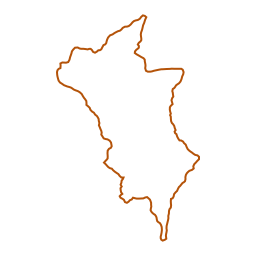 Berilo, Minas Gerais, Brazil
{"feature_id": "56859067B66859765572225", "entity_name": "Berilo", "entity_type": "district", "adm_level": 2, "iso_a3": "BRA", "parent_name": "Brazil", "parent_adm1": "Minas Gerais", "projection": "albers", "projection_center": [-42.489, -16.882], "detail": "fine", "context": "isolated", "style": "outline", "palette": "amber", "viewbox_px": 256, "rotation_deg": 0, "n_neighbors": 0, "source": "geoboundaries", "source_scale": "gbopen_adm2", "svg_char_len": 3886}
<svg xmlns="http://www.w3.org/2000/svg" viewBox="0 0 256 256"><path d="M146.3,17.2L144.8,15.9L142.9,15.4L141.2,16.9L139.8,18.8L137.8,20.0L135.8,20.4L134.1,21.0L132.6,22.2L131.7,23.3L130.6,24.6L128.7,26.1L127.0,26.6L124.9,26.7L122.7,27.9L121.4,29.5L119.9,30.7L118.0,31.2L116.2,32.1L114.4,33.1L112.6,34.4L110.1,35.3L108.1,37.5L107.1,39.7L106.6,41.4L106.2,43.1L105.2,44.4L103.5,45.1L102.3,47.3L101.3,49.3L99.9,50.2L98.3,50.3L96.9,51.6L95.0,52.7L93.1,51.9L91.9,50.0L90.7,48.9L89.1,48.9L87.7,49.4L85.8,49.1L83.4,48.8L81.1,48.8L79.6,48.5L77.7,47.5L75.0,47.7L73.1,49.7L71.9,51.4L71.5,53.2L70.9,55.0L70.1,57.2L69.5,59.7L68.2,62.1L66.0,62.7L64.4,62.6L62.3,62.5L60.4,63.5L60.6,65.8L60.4,68.1L58.6,68.9L57.5,70.2L57.0,72.1L57.2,74.9L57.5,76.6L58.0,78.5L58.6,80.6L60.0,82.5L62.2,83.9L64.0,85.2L65.8,85.9L67.3,86.5L68.9,86.9L70.8,87.5L72.4,88.5L73.7,89.5L75.5,90.3L77.8,91.1L79.7,92.2L81.7,94.0L83.0,96.3L84.1,98.0L85.1,99.2L86.3,101.0L86.5,103.2L86.4,104.9L88.0,106.2L89.7,107.8L90.4,109.8L92.1,111.6L93.9,112.7L95.2,114.7L96.8,115.9L97.7,117.2L98.6,118.9L98.8,120.9L99.4,123.1L98.9,125.3L99.8,127.3L100.4,128.9L101.3,130.9L101.7,132.7L101.3,134.6L102.6,136.6L103.7,138.4L105.4,139.0L107.6,139.4L109.6,140.6L111.0,142.5L111.4,144.5L111.7,146.2L110.9,147.8L109.0,148.8L107.7,150.6L107.5,153.3L107.7,156.3L107.6,158.5L106.7,159.7L105.5,160.9L104.0,162.6L105.7,164.2L106.9,165.6L108.4,167.2L110.0,168.2L111.9,168.7L113.0,170.1L114.7,171.6L116.7,173.0L118.4,174.1L119.7,176.0L121.4,177.5L123.5,177.5L122.9,179.0L121.6,180.7L121.4,182.7L120.6,184.7L121.7,186.5L120.5,188.2L120.7,190.2L121.1,192.2L122.3,193.9L120.8,195.0L119.7,196.2L120.5,197.7L122.5,198.8L123.9,199.8L125.0,202.1L126.9,202.8L128.6,201.7L129.9,200.2L131.7,199.5L133.0,197.7L134.9,198.2L136.6,198.6L138.9,198.6L141.2,198.5L143.3,198.4L145.2,197.5L147.1,197.1L148.5,198.3L149.9,199.6L150.6,201.3L151.1,202.8L151.1,204.7L151.3,206.6L150.9,208.3L150.6,210.2L151.3,211.6L152.4,212.9L153.7,214.0L155.0,214.8L156.1,216.4L156.6,217.9L156.8,219.5L157.3,221.2L158.5,222.3L159.8,223.0L160.9,224.7L161.7,227.0L161.9,229.9L161.6,232.5L161.2,234.6L160.7,236.6L160.7,238.2L161.3,239.7L162.7,240.6L164.8,239.8L166.3,238.7L165.9,235.7L166.1,234.1L166.5,232.2L166.8,230.4L166.5,228.4L166.6,226.0L167.2,223.6L167.7,221.5L168.1,219.9L168.4,218.2L168.3,215.9L168.9,213.6L169.0,211.0L169.5,209.2L170.8,207.6L171.1,205.3L170.9,203.4L170.8,201.1L171.0,198.9L172.6,198.3L173.6,196.6L174.1,194.1L175.6,192.3L177.1,190.9L177.9,189.0L178.9,187.1L180.1,186.0L181.3,184.5L182.5,183.0L183.9,182.2L185.0,181.2L185.5,179.1L185.4,177.1L185.9,174.9L186.8,173.3L188.0,172.0L189.4,170.8L192.0,169.9L193.7,168.5L193.3,166.3L194.3,164.1L195.8,162.6L197.0,161.2L199.0,159.2L199.0,156.8L197.5,155.4L195.2,154.9L193.5,153.8L191.9,152.5L190.5,151.6L189.1,150.5L187.7,149.1L186.6,146.9L185.7,144.6L184.0,143.1L183.1,141.6L181.2,140.5L179.5,140.4L178.3,138.7L177.2,136.6L176.4,134.1L175.1,133.1L174.6,131.6L175.6,130.1L174.8,128.2L174.2,125.9L173.1,124.2L171.9,123.0L171.1,121.1L170.9,119.1L170.8,116.6L170.1,115.1L170.8,113.6L170.2,111.7L169.8,109.7L169.9,107.2L170.8,105.8L172.6,104.1L172.1,102.4L171.5,100.2L172.2,98.1L173.3,96.6L173.0,94.7L172.8,92.8L172.3,91.1L172.8,89.0L174.3,88.0L175.2,86.8L176.0,85.4L177.3,84.4L179.0,83.3L180.5,81.5L181.5,79.1L182.2,76.4L183.2,74.3L183.6,72.1L182.7,69.7L181.3,68.8L179.8,68.8L178.0,68.8L176.5,68.8L174.2,68.8L171.9,68.7L169.6,68.9L166.7,69.0L163.5,69.2L161.2,69.3L159.4,69.6L157.5,70.0L155.6,70.4L153.8,70.8L151.9,71.4L150.1,71.7L147.9,71.7L146.0,70.8L145.2,68.2L145.5,65.9L145.4,64.4L145.1,62.8L144.8,61.3L144.7,59.6L143.5,58.2L141.4,57.1L138.9,55.6L136.6,54.3L134.8,53.0L135.0,51.4L136.4,49.7L137.8,48.7L138.8,47.7L138.9,46.0L137.8,44.5L138.8,42.8L140.5,41.4L141.3,40.1L141.3,38.5L141.0,36.4L140.8,34.5L141.1,32.5L142.1,29.7L142.6,27.6L143.1,25.3L144.2,22.8L145.1,19.8L146.3,17.2Z" fill="none" stroke="#b45309" stroke-width="2"/></svg>